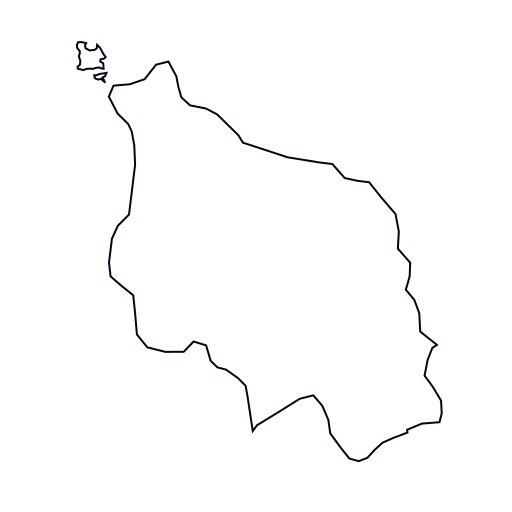 the district of Dangjin-si, South Chungcheong, South Korea, rotated 7°
{"feature_id": "91817680B720891985776", "entity_name": "Dangjin-si", "entity_type": "district", "adm_level": 2, "iso_a3": "KOR", "parent_name": "South Korea", "parent_adm1": "South Chungcheong", "projection": "equal_earth", "projection_center": [126.58, 36.905], "detail": "fine", "context": "isolated", "style": "outline", "palette": "ink", "viewbox_px": 512, "rotation_deg": 7, "n_neighbors": 0, "source": "geoboundaries", "source_scale": "gbopen_adm2", "svg_char_len": 1672}
<svg xmlns="http://www.w3.org/2000/svg" viewBox="0 0 512 512"><g transform="rotate(7 256 256)"><path d="M442.2,325.8L446.4,322.2L428.2,311.0L425.0,292.8L418.5,280.3L408.8,271.2L411.0,257.6L409.9,243.9L395.9,231.4L394.8,214.4L389.4,197.4L373.2,182.6L359.3,169.0L347.4,169.0L334.5,167.8L320.6,155.4L306.6,155.4L275.4,154.2L229.2,145.1L223.8,138.3L200.2,120.2L188.3,115.7L172.2,114.5L162.6,107.7L158.3,97.5L155.0,87.3L145.4,73.7L133.5,78.3L123.9,94.1L109.9,100.9L93.8,104.3L90.5,115.7L101.3,131.5L113.1,140.6L117.4,147.4L121.7,161.0L124.9,180.3L124.9,190.5L124.9,204.2L124.9,207.6L124.9,230.3L115.2,242.8L110.9,256.4L110.9,280.3L114.1,293.9L125.9,301.9L138.9,309.9L143.1,328.1L147.4,348.5L159.3,359.9L177.6,362.2L195.9,359.9L204.5,348.5L217.4,350.8L223.8,365.6L231.4,371.3L240.0,372.4L252.9,379.3L261.5,386.1L264.7,396.4L274.1,430.1L277.6,423.9L297.8,407.8L316.8,392.4L329.9,387.3L340.2,396.8L347.8,409.9L351.3,423.0L363.7,436.2L373.3,445.6L383.0,447.1L391.2,442.7L397.4,434.0L404.3,425.9L414.0,420.1L427.8,412.8L427.2,410.0L441.2,402.1L458.4,398.6L459.5,389.5L457.3,377.0L447.6,364.5L437.9,354.2L439.0,338.3L442.2,325.8ZM61.5,70.6L60.6,67.7L61.5,65.5L57.3,64.9L53.4,65.5L52.5,68.4L53.1,71.2L56.1,74.1L56.4,76.3L55.8,79.2L57.9,83.9L57.9,87.7L55.8,89.9L56.4,91.8L61.8,92.5L65.1,90.9L68.7,90.2L71.1,90.2L74.4,88.7L77.4,88.0L79.8,88.7L81.9,88.7L81.0,83.9L80.4,83.0L77.7,82.0L77.7,79.8L81.3,78.5L82.5,76.9L80.1,74.4L75.9,68.4L72.6,65.8L72.6,69.3L70.5,71.2L65.7,72.2L61.5,70.6ZM81.9,97.5L84.3,95.9L85.2,92.5L82.2,93.4L78.6,94.4L75.0,96.3L73.5,96.3L74.1,98.8L75.6,99.7L77.7,100.1L80.4,99.1L82.5,100.4L85.2,102.3L81.9,97.5Z" fill="none" stroke="#020617" stroke-width="2"/></g></svg>